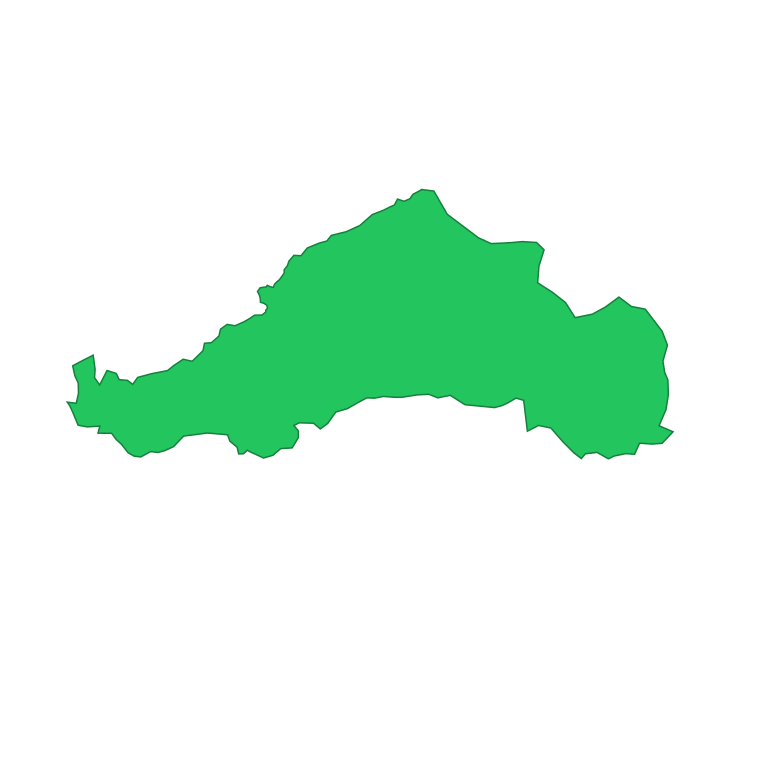 Agios Ioannis Lemesou, Limassol, Cyprus (Equal Earth projection), rotated 217°
{"feature_id": "46923920B2789519030160", "entity_name": "Agios Ioannis Lemesou", "entity_type": "district", "adm_level": 2, "iso_a3": "CYP", "parent_name": "Cyprus", "parent_adm1": "Limassol", "projection": "equal_earth", "projection_center": [33.017, 34.893], "detail": "fine", "context": "isolated", "style": "filled", "palette": "green", "viewbox_px": 768, "rotation_deg": 217, "n_neighbors": 0, "source": "geoboundaries", "source_scale": "gbopen_adm2", "svg_char_len": 2319}
<svg xmlns="http://www.w3.org/2000/svg" viewBox="0 0 768 768"><g transform="rotate(217 384 384)"><path d="M407.8,309.8L405.2,318.6L405.6,332.6L398.4,342.3L393.8,353.0L389.4,362.6L383.0,367.0L377.0,373.7L367.5,379.8L361.9,384.0L350.7,395.5L342.0,402.8L332.7,405.3L324.3,414.8L306.9,416.2L281.5,431.7L276.6,438.0L273.6,443.7L270.1,452.2L262.6,455.0L241.1,432.6L235.6,443.9L224.2,449.3L215.9,447.5L206.7,445.6L191.1,443.3L181.5,443.2L181.2,449.4L172.7,457.6L160.3,459.2L159.5,459.6L156.9,464.9L149.1,473.8L141.6,478.7L144.3,490.5L133.7,497.4L126.2,504.0L124.4,519.8L139.2,516.2L143.4,533.3L150.6,546.8L159.6,557.9L161.0,558.8L166.8,562.2L175.0,570.1L181.0,585.6L193.6,593.5L220.4,601.0L233.1,594.8L235.6,594.8L248.7,594.8L253.5,578.7L259.6,565.2L271.3,552.0L288.1,558.3L304.7,558.6L322.2,557.3L331.2,571.4L336.9,587.5L347.4,588.8L359.2,581.0L367.6,573.4L374.2,567.8L383.0,560.6L396.5,557.6L417.0,557.6L435.6,557.6L460.3,568.1L471.3,561.8L471.2,561.1L475.0,553.0L474.8,547.5L478.0,542.0L484.5,539.8L483.4,533.3L486.2,528.2L489.2,522.1L495.3,512.4L498.7,496.0L505.9,482.8L515.5,471.0L515.7,463.8L520.5,457.6L527.1,446.5L527.5,436.5L533.4,432.5L533.5,430.4L533.9,424.9L532.3,420.2L532.5,415.3L530.5,412.4L530.3,408.2L530.3,404.4L531.0,401.1L531.5,398.0L530.5,394.6L533.4,393.2L536.6,392.6L536.6,390.6L540.8,386.4L540.7,381.7L537.2,380.1L534.3,377.8L531.8,374.9L528.7,376.1L525.0,376.4L522.6,374.3L522.9,372.1L521.8,370.3L522.9,365.6L528.7,361.2L530.8,355.2L533.2,349.6L538.0,340.9L545.1,337.2L547.6,329.4L544.7,323.0L546.7,313.1L551.9,308.5L548.6,301.7L550.9,286.7L559.3,282.9L562.9,272.5L565.0,264.4L575.8,252.4L584.7,241.0L584.5,232.5L591.1,232.5L598.1,228.1L604.2,231.3L613.3,228.1L610.5,212.1L619.0,214.9L623.5,221.8L633.6,232.0L638.7,221.6L643.6,211.2L635.8,204.5L628.8,200.8L622.4,192.7L618.2,183.4L626.0,178.9L621.8,177.5L614.5,173.5L603.5,167.0L595.4,171.0L585.6,179.3L582.8,172.6L571.9,180.7L564.4,178.5L557.2,177.8L547.0,175.1L540.1,176.0L534.3,179.4L529.7,189.6L523.4,193.2L519.0,198.8L514.3,207.5L512.7,221.8L505.1,229.2L495.6,238.5L485.3,245.0L478.3,249.3L472.7,245.6L463.2,245.1L458.0,240.7L454.2,243.7L453.2,249.0L451.3,249.0L435.7,252.4L429.8,260.2L427.6,270.2L418.9,277.7L420.1,289.6L424.2,295.0L431.0,296.7L428.3,302.0L416.6,310.3L407.8,309.8Z" fill="#22c55e" stroke="#15803d" stroke-width="1.5"/></g></svg>